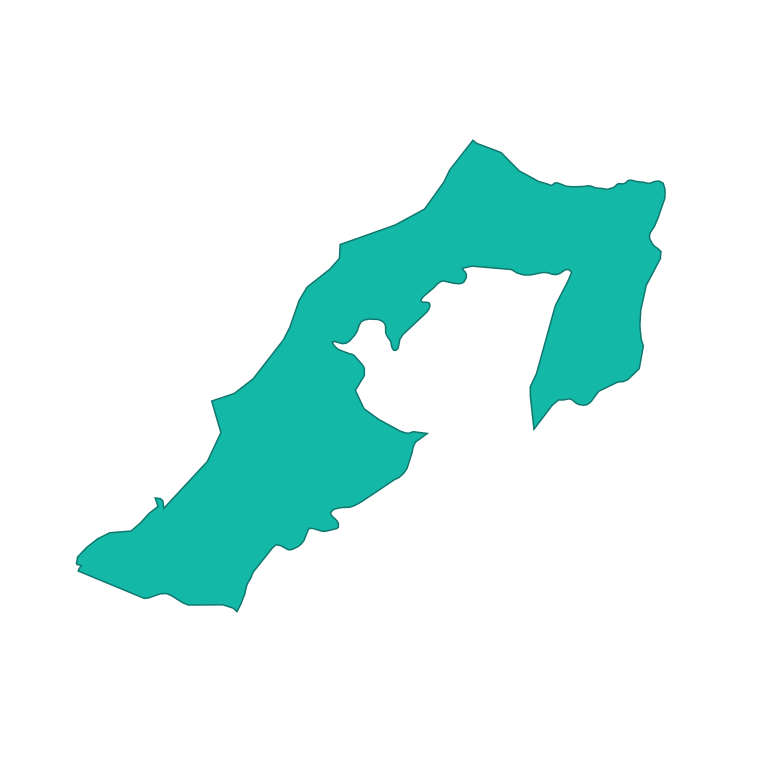 an SVG outline of South Lebanon, rotated 18°
{"feature_id": "LBN-3060", "entity_name": "South Lebanon", "entity_type": "Province", "adm_level": 1, "iso_a3": "LBN", "parent_name": "Lebanon", "parent_adm1": "", "projection": "albers", "projection_center": [35.407, 33.345], "detail": "fine", "context": "isolated", "style": "filled", "palette": "teal", "viewbox_px": 768, "rotation_deg": 18, "n_neighbors": 0, "source": "natural_earth", "source_scale": "10m", "svg_char_len": 3434}
<svg xmlns="http://www.w3.org/2000/svg" viewBox="0 0 768 768"><g transform="rotate(18 384 384)"><path d="M314.5,645.9L309.9,643.8L299.1,643.8L266.1,654.7L259.8,654.2L247.1,650.9L241.8,650.5L236.0,652.7L226.1,660.3L222.3,662.0L151.0,656.4L151.0,654.7L152.1,650.0L148.0,650.6L146.7,649.3L146.7,646.7L146.0,643.4L151.6,631.5L159.6,619.6L169.2,610.2L188.9,602.0L195.3,591.4L200.8,579.3L206.9,570.3L201.6,563.1L206.9,562.1L209.8,563.5L213.0,570.3L239.9,512.3L243.9,480.6L225.4,453.5L244.5,439.3L257.9,419.6L274.7,373.2L276.9,359.1L277.5,330.5L280.9,315.7L297.1,291.4L302.8,278.3L299.2,264.9L345.3,229.5L368.5,205.1L378.5,173.6L380.4,159.9L393.3,124.7L397.7,126.5L423.8,127.7L446.6,139.5L468.4,143.6L478.1,143.3L481.6,143.6L482.9,142.2L483.9,140.6L485.3,139.5L487.6,139.1L496.4,139.6L502.7,138.1L513.1,134.3L514.7,133.4L518.0,132.1L520.2,131.8L525.0,132.1L530.9,130.6L534.9,130.2L536.7,129.6L540.9,126.7L542.2,125.5L543.9,122.3L545.0,121.0L548.9,120.0L550.6,119.2L551.7,117.9L552.5,116.3L553.6,114.9L555.2,114.0L557.0,113.6L561.3,113.4L569.2,111.8L571.4,111.8L573.6,111.4L575.7,110.4L577.9,108.4L580.6,106.8L583.5,106.0L587.5,106.8L591.1,112.0L593.7,120.3L593.3,141.7L592.5,150.6L590.7,157.1L590.5,160.2L591.7,163.7L595.8,167.6L598.6,169.3L603.1,170.8L606.5,172.4L607.3,176.4L608.1,179.2L602.9,209.3L605.4,234.5L609.0,248.4L610.5,252.4L614.9,262.1L618.9,267.7L622.0,290.5L614.6,304.4L611.0,307.7L605.8,309.8L590.5,324.5L586.7,335.9L585.7,338.0L583.5,340.8L580.6,342.5L575.5,343.3L572.8,342.9L570.6,342.1L568.9,341.3L567.0,340.8L565.1,340.9L563.4,341.5L560.4,343.3L558.6,344.1L554.9,345.2L550.5,352.4L540.6,380.7L526.8,350.0L524.0,341.4L525.8,327.1L522.8,258.1L522.9,255.3L527.2,228.9L527.9,219.9L527.7,219.8L527.4,219.5L526.8,219.1L525.1,218.4L523.2,218.4L520.8,219.5L520.7,219.8L518.8,222.4L517.1,224.4L514.9,226.2L512.5,227.2L510.1,227.6L505.0,227.7L502.3,228.3L499.8,229.3L489.9,234.9L484.8,236.6L482.1,237.2L476.4,237.3L469.7,235.8L431.3,244.7L422.8,249.8L424.1,251.1L426.3,252.2L428.4,254.2L429.4,257.2L428.5,262.3L426.5,264.4L424.1,265.6L418.5,266.7L408.4,267.6L406.0,269.4L403.7,272.6L401.7,276.9L394.5,288.6L393.3,292.0L393.7,293.7L395.5,294.2L400.1,292.9L402.1,293.1L403.4,294.9L403.6,297.1L403.4,299.7L402.6,302.2L386.6,331.4L385.3,336.5L386.4,345.6L384.9,348.3L382.9,348.9L381.0,347.7L378.9,344.6L378.0,342.7L376.5,340.9L372.3,337.6L370.4,335.7L369.3,333.5L367.7,328.8L366.3,326.5L363.1,324.9L358.6,324.4L349.6,326.9L345.3,329.4L343.0,332.0L342.4,334.5L342.1,339.0L342.3,340.4L341.9,343.5L340.8,347.2L337.9,353.9L335.2,357.0L331.9,358.5L323.5,358.9L321.8,360.0L322.6,361.1L324.5,362.6L326.8,364.0L329.3,365.0L331.8,365.4L341.7,365.9L344.1,365.6L346.4,365.9L355.9,371.4L358.3,373.0L360.5,375.2L362.7,382.0L358.7,398.8L372.6,413.7L389.8,419.3L413.3,423.7L419.0,423.9L422.6,423.3L426.6,420.3L440.4,417.7L431.8,429.7L431.2,435.6L431.9,439.9L432.0,457.2L430.3,462.8L427.4,468.0L423.3,472.0L398.7,503.3L393.8,508.5L389.5,511.8L383.7,513.9L380.1,515.5L375.1,518.6L373.5,521.2L373.2,523.6L374.9,525.4L377.1,526.5L379.4,527.5L381.8,528.9L383.7,530.7L384.9,534.5L383.7,536.1L375.0,541.5L372.2,542.7L369.7,543.2L361.5,543.3L357.7,544.2L356.9,546.9L356.2,557.7L354.7,561.8L352.4,565.3L348.3,569.3L346.8,570.3L345.0,571.1L342.8,571.1L336.0,569.6L331.2,570.2L328.7,574.0L317.8,603.1L317.5,605.5L317.2,610.4L316.0,615.3L315.7,617.7L316.1,623.4L316.5,626.1L315.8,638.3L314.5,645.9Z" fill="#14b8a6" stroke="#0f766e" stroke-width="1.5"/></g></svg>